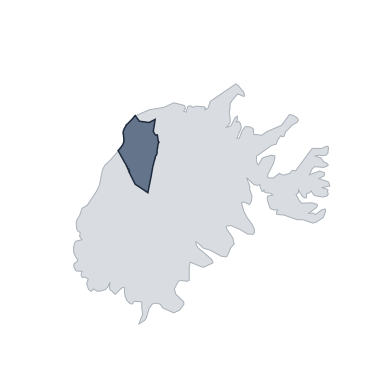 location of Skaftárhreppur, Suðurland, Iceland, rotated 149°
{"feature_id": "244011B24957701647142", "entity_name": "Skaftárhreppur", "entity_type": "district", "adm_level": 2, "iso_a3": "ISL", "parent_name": "Iceland", "parent_adm1": "Suðurland", "projection": "mercator", "projection_center": [-18.128, 64.02], "detail": "fine", "context": "in_parent", "style": "filled", "palette": "slate", "viewbox_px": 384, "rotation_deg": 149, "n_neighbors": 0, "source": "geoboundaries", "source_scale": "gbopen_adm2", "svg_char_len": 7056}
<svg xmlns="http://www.w3.org/2000/svg" viewBox="0 0 384 384"><g transform="rotate(149 192 192)"><path d="M281.2,116.0L284.1,116.3L288.9,114.1L295.9,107.7L298.8,106.3L305.5,106.3L297.4,112.5L294.4,119.2L292.1,122.6L292.1,124.0L297.8,128.1L300.6,126.8L301.8,127.3L302.9,129.2L303.6,133.0L303.1,137.0L301.5,141.0L299.3,144.3L299.6,145.3L301.4,145.9L310.7,143.9L311.8,148.7L312.6,150.3L312.4,151.9L308.6,157.1L313.0,153.9L316.5,152.9L322.5,154.6L324.9,156.4L326.3,159.7L329.3,158.7L330.6,160.6L330.7,162.6L329.3,168.0L325.8,170.7L327.9,174.7L329.7,174.7L330.0,175.6L329.8,178.0L327.1,180.7L331.6,183.7L332.1,184.8L331.8,188.3L331.1,190.2L329.7,191.4L326.5,191.6L324.6,192.9L325.2,195.0L324.6,200.8L322.0,205.5L319.7,208.0L317.3,209.7L310.9,207.8L311.2,211.9L308.9,214.4L309.3,216.5L310.1,217.6L309.7,220.2L306.8,225.7L304.7,227.5L300.5,229.7L294.6,234.7L288.6,234.6L273.7,241.7L267.9,245.5L257.4,257.0L253.0,259.9L245.5,261.4L222.8,268.8L220.3,273.2L220.2,274.2L221.2,275.9L219.5,279.0L216.1,281.3L214.4,281.3L211.6,279.4L211.3,280.3L212.4,282.6L201.3,286.5L186.0,284.4L172.5,279.0L161.7,277.9L154.1,270.3L153.9,269.1L154.7,266.8L157.4,265.8L156.1,263.4L151.5,267.5L150.1,267.4L148.1,265.7L148.0,264.1L144.2,263.5L137.6,258.6L137.1,257.5L138.7,255.9L138.4,255.6L134.8,255.8L129.6,260.3L98.7,262.1L97.6,259.8L96.3,250.9L97.4,247.2L98.7,247.5L102.3,252.6L110.6,249.8L114.0,247.9L117.1,243.0L118.9,241.5L121.4,235.3L123.9,231.5L129.2,229.7L124.5,228.6L116.7,233.6L114.1,233.6L115.3,231.4L118.0,229.0L116.1,228.8L115.4,227.7L115.3,225.4L116.7,221.6L125.9,215.0L123.8,213.7L117.4,218.8L112.7,220.6L108.9,218.2L107.1,215.1L107.2,213.7L109.4,209.7L109.1,208.9L107.5,208.5L103.4,204.8L96.9,205.2L80.8,203.1L68.7,208.2L65.8,205.8L63.4,200.7L63.9,198.7L66.0,197.6L72.0,197.7L80.7,195.3L84.7,192.3L86.2,193.1L87.0,194.5L92.3,192.2L95.2,189.6L100.0,190.9L118.2,189.5L120.5,186.0L121.5,181.8L121.1,181.0L114.4,184.8L112.9,184.7L105.1,182.7L102.4,180.4L103.3,178.6L107.4,174.6L117.8,168.0L119.3,166.6L119.4,165.0L115.3,162.2L107.4,163.0L105.4,159.6L98.9,157.6L94.6,158.8L92.3,156.8L66.6,167.5L58.3,162.6L52.4,161.7L51.9,160.2L55.3,155.5L57.7,154.6L60.1,155.1L64.6,158.4L67.8,159.4L63.8,154.6L63.6,149.9L62.4,148.7L61.2,145.6L61.7,144.6L66.4,145.2L73.9,150.6L77.6,149.7L82.4,146.2L71.7,144.3L68.4,140.0L70.7,137.8L76.3,138.1L70.1,130.7L69.8,129.4L70.8,126.1L78.6,129.0L74.5,124.6L74.4,123.6L75.6,122.8L76.2,120.1L78.1,119.1L82.0,120.0L88.1,125.1L89.0,126.5L89.3,131.6L91.6,130.8L94.5,131.6L96.9,128.1L98.5,128.9L99.8,132.0L99.6,138.9L101.3,136.5L104.1,136.3L104.5,130.6L104.0,126.1L94.7,120.9L91.1,117.0L91.5,115.7L93.3,114.6L103.0,113.6L98.8,111.4L97.8,109.1L90.5,109.9L86.7,109.0L86.7,107.8L88.1,106.1L92.6,102.5L101.1,102.2L104.5,103.1L111.1,111.0L116.3,114.2L125.0,124.8L130.6,128.9L130.9,129.9L130.0,131.1L127.8,132.6L131.1,134.4L133.2,137.1L133.3,138.3L131.5,146.7L129.4,149.5L124.2,147.9L125.4,150.5L129.1,153.4L130.0,155.0L129.4,156.5L131.2,156.0L131.7,156.9L130.9,161.7L130.0,163.4L133.1,164.3L135.2,166.7L137.8,176.2L139.2,168.9L139.9,166.2L141.1,165.2L142.6,157.7L146.1,153.3L149.3,151.6L152.7,156.8L155.1,157.4L157.6,148.2L157.9,141.4L157.2,133.8L157.6,128.4L159.3,125.2L161.4,124.2L166.1,127.4L170.0,134.9L175.8,143.0L179.9,145.1L180.6,144.8L181.3,142.2L180.7,131.5L182.6,125.7L187.4,124.3L194.7,119.0L196.4,118.9L200.0,121.9L206.4,132.8L211.0,137.8L213.4,145.7L214.5,147.2L215.5,144.7L215.6,141.2L210.0,124.6L209.9,122.4L210.5,120.5L220.5,121.4L222.7,123.3L229.7,132.8L233.1,128.9L239.9,117.7L242.2,118.0L247.9,122.6L250.2,122.2L257.0,118.1L258.5,112.8L255.6,102.1L256.8,99.9L263.1,97.2L269.8,97.7L276.8,107.7L277.1,112.4L281.2,116.0Z" fill="#d9dde1" stroke="#a8b0b8" stroke-width="1"/><path d="M230.2,214.1L225.0,219.9L218.1,227.4L217.2,228.5L216.8,229.1L216.1,229.8L215.5,230.5L213.5,232.8L212.9,233.5L212.6,233.9L212.3,234.3L211.7,234.9L211.4,235.0L211.0,235.3L210.8,235.5L210.5,235.8L210.2,236.1L209.9,236.6L209.1,237.4L208.9,237.5L208.5,238.0L208.1,238.3L207.9,238.5L207.3,238.9L207.0,239.2L206.8,239.3L206.7,239.4L206.6,239.5L206.5,239.8L206.3,239.9L205.9,240.4L205.8,240.5L205.7,240.7L205.5,240.9L205.4,241.1L205.2,241.3L204.7,241.5L204.4,241.7L204.2,241.8L203.9,241.8L203.7,241.9L203.4,242.1L202.8,242.5L202.3,243.0L202.0,243.4L201.8,243.5L201.7,243.7L201.6,243.8L201.0,244.8L200.9,245.0L200.8,245.4L200.7,245.5L200.4,245.8L200.2,246.0L199.8,246.5L199.5,246.8L199.2,247.1L199.1,247.3L198.9,247.4L198.8,247.6L198.7,247.8L198.7,248.0L198.4,248.2L198.1,248.3L198.0,248.5L197.9,248.6L197.8,248.8L197.7,249.0L197.5,249.3L197.4,249.5L197.2,249.6L197.0,249.8L196.9,250.0L196.3,250.6L195.9,250.9L195.0,251.5L194.9,251.6L194.7,251.7L194.8,251.8L195.0,251.9L195.0,252.0L194.9,252.3L194.8,252.5L194.9,252.8L194.7,252.9L194.7,253.0L194.6,253.3L193.8,255.3L193.5,255.9L192.5,258.4L192.3,258.8L192.5,258.9L193.8,259.3L194.1,261.4L194.0,263.8L192.6,265.6L191.7,266.6L190.5,268.0L186.2,273.2L193.1,273.7L196.8,276.7L200.7,279.8L200.8,281.1L201.3,286.8L201.5,286.8L201.8,286.7L202.0,286.6L202.5,286.4L202.9,286.3L203.5,286.1L203.9,285.9L204.5,285.7L204.9,285.6L205.4,285.3L205.7,285.3L206.4,285.1L207.1,284.9L207.3,284.9L207.8,284.8L208.9,284.5L209.0,284.5L209.3,284.4L209.9,284.2L210.4,284.1L211.5,283.8L212.0,283.7L212.4,283.6L212.7,283.6L212.8,283.5L213.3,283.4L213.5,283.5L213.7,283.4L213.9,283.2L214.3,283.0L214.4,282.9L214.5,282.8L214.6,282.7L214.8,282.7L215.0,282.5L215.3,282.3L215.6,282.2L215.8,282.1L216.0,282.0L216.5,281.7L216.8,281.5L217.3,281.2L217.6,281.0L218.1,280.7L218.3,280.5L218.5,280.3L218.7,280.2L218.8,280.1L219.3,279.7L219.6,279.4L220.4,278.5L220.7,278.0L220.8,277.8L220.9,277.6L221.0,277.5L221.0,277.4L221.1,277.1L221.2,276.8L221.3,276.5L221.4,276.3L221.4,276.2L221.5,276.1L221.6,275.6L221.7,275.3L221.8,275.2L222.0,274.9L222.1,274.7L222.1,274.4L222.3,274.2L222.5,273.6L222.7,273.4L222.8,273.2L222.9,272.9L223.0,272.8L223.0,272.7L223.3,272.2L223.4,271.9L223.5,271.8L223.4,271.7L223.5,271.5L223.7,271.4L223.8,271.3L224.0,270.9L224.2,270.7L224.4,270.4L224.8,270.0L225.0,269.8L225.2,269.6L225.3,269.4L225.8,269.2L226.0,268.9L226.3,268.7L226.5,268.6L226.8,268.4L227.3,268.1L227.6,268.0L227.8,267.9L228.0,267.8L228.2,267.7L228.6,267.5L229.3,267.2L229.8,266.9L230.0,266.9L230.6,266.7L230.8,266.7L231.0,266.5L231.3,266.4L231.5,266.3L232.0,266.1L232.4,266.1L232.5,266.0L232.8,265.9L233.0,265.9L233.3,265.8L233.8,265.6L234.0,265.6L234.5,252.1L234.3,249.8L234.4,249.6L234.4,249.4L234.5,249.1L234.6,248.9L234.6,248.7L234.7,248.4L234.6,248.2L234.7,247.9L234.8,247.6L234.7,247.5L234.8,247.4L234.7,247.2L234.7,246.9L234.7,246.7L234.8,246.6L234.8,246.4L234.9,246.2L234.8,245.9L234.9,245.7L235.0,245.4L234.9,245.3L234.9,245.2L235.0,245.1L235.0,244.9L235.1,244.7L235.1,244.4L235.1,244.2L234.9,244.2L235.0,244.1L235.0,243.9L235.1,243.7L235.0,243.4L235.0,243.2L234.9,243.2L234.8,242.9L234.7,242.9L234.7,242.7L234.8,242.6L234.7,242.4L234.8,242.3L234.8,242.2L235.0,242.1L235.0,241.9L235.3,241.7L235.5,241.8L235.7,241.7L235.8,241.7L235.7,241.4L235.6,241.2L236.0,237.4L236.7,227.9L233.5,221.2L230.2,214.1Z" fill="#64748b" stroke="#1e293b" stroke-width="1.5"/></g></svg>